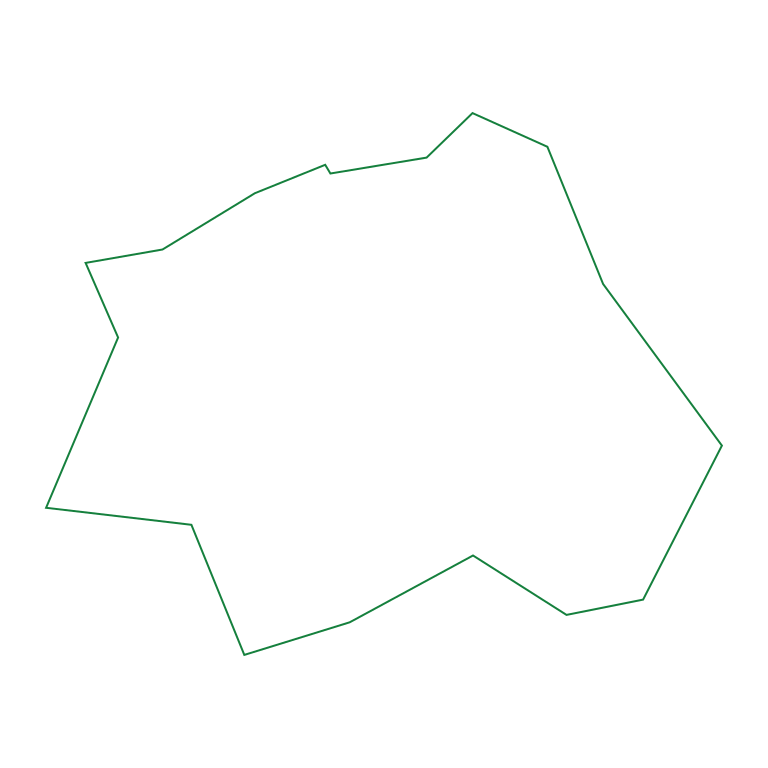 outline of Petersburg, Virginia, United States of America
{"feature_id": "52423323B27383971458976", "entity_name": "Petersburg", "entity_type": "district", "adm_level": 2, "iso_a3": "USA", "parent_name": "United States of America", "parent_adm1": "Virginia", "projection": "albers", "projection_center": [-77.398, 37.205], "detail": "fine", "context": "isolated", "style": "outline", "palette": "green", "viewbox_px": 768, "rotation_deg": 0, "n_neighbors": 0, "source": "geoboundaries", "source_scale": "gbopen_adm2", "svg_char_len": 353}
<svg xmlns="http://www.w3.org/2000/svg" viewBox="0 0 768 768"><path d="M254.9,193.2L162.5,249.5L85.6,262.9L118.1,337.5L46.1,507.8L191.4,524.8L244.3,654.9L349.7,622.3L473.0,555.5L566.5,614.9L643.1,599.6L721.9,445.6L603.1,284.0L547.4,146.8L472.5,113.1L426.6,157.6L330.4,173.5L325.2,164.8L254.9,193.2Z" fill="none" stroke="#15803d" stroke-width="2"/></svg>